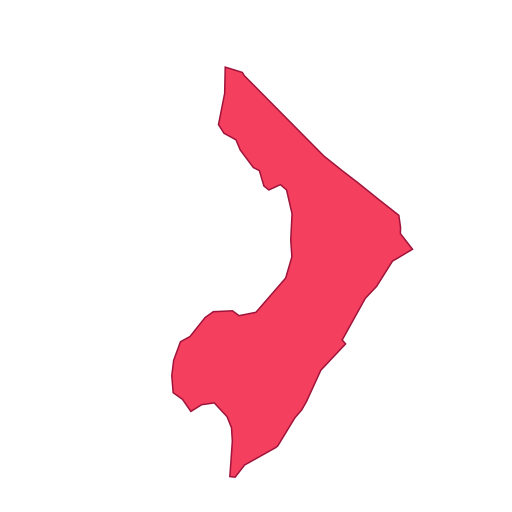 Tamuning, Guam (orthographic projection), rotated 328°
{"feature_id": "77769853B98386396694239", "entity_name": "Tamuning", "entity_type": "district", "adm_level": 2, "iso_a3": "GUM", "parent_name": "Guam", "parent_adm1": "", "projection": "orthographic", "projection_center": [144.795, 13.512], "detail": "fine", "context": "isolated", "style": "filled", "palette": "rose", "viewbox_px": 512, "rotation_deg": 328, "n_neighbors": 0, "source": "geoboundaries", "source_scale": "gbopen_adm2", "svg_char_len": 959}
<svg xmlns="http://www.w3.org/2000/svg" viewBox="0 0 512 512"><g transform="rotate(328 256 256)"><path d="M392.3,333.2L390.3,313.6L393.8,308.2L398.7,297.2L390.3,273.9L390.1,273.4L380.5,245.7L380.2,245.1L374.5,229.8L366.5,207.1L341.6,96.7L341.7,93.1L330.0,79.5L318.8,96.6L315.5,101.6L293.8,124.7L293.9,135.0L300.6,146.9L298.8,157.7L300.6,179.4L300.6,179.5L304.1,185.4L299.8,200.8L301.9,206.8L314.5,208.4L316.9,216.2L309.0,239.2L293.9,260.9L286.0,275.7L269.5,290.4L226.1,303.7L210.0,297.6L207.0,290.0L190.3,280.6L185.1,280.9L180.3,281.2L157.4,289.3L146.5,288.7L137.6,295.6L130.9,300.8L121.2,312.8L113.3,328.0L117.2,337.5L117.7,338.7L118.4,353.3L131.1,353.3L142.8,358.5L146.3,377.0L144.2,388.7L137.8,400.5L125.9,416.9L116.9,429.2L121.1,432.5L135.6,427.2L171.2,428.9L173.8,428.6L203.3,413.8L213.3,410.7L221.8,406.1L250.5,387.2L285.4,378.0L284.6,372.9L326.3,349.8L342.1,345.7L369.0,332.7L392.3,333.2Z" fill="#f43f5e" stroke="#9f1239" stroke-width="1.5"/></g></svg>